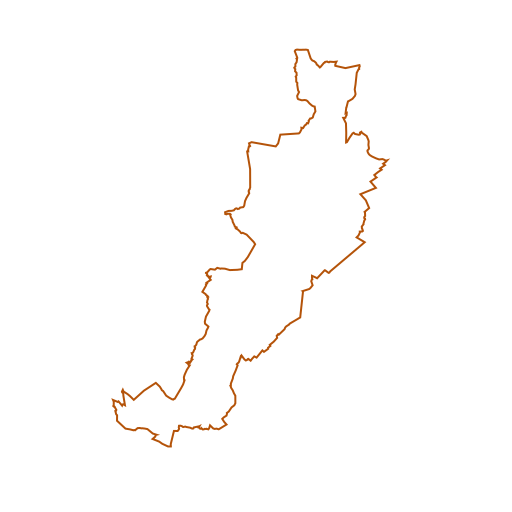 the district of Jiménez, Michoacán, Mexico, rotated 304°
{"feature_id": "50627088B65655240179591", "entity_name": "Jiménez", "entity_type": "district", "adm_level": 2, "iso_a3": "MEX", "parent_name": "Mexico", "parent_adm1": "Michoacán", "projection": "natural_earth1", "projection_center": [-101.709, 19.934], "detail": "fine", "context": "isolated", "style": "outline", "palette": "amber", "viewbox_px": 512, "rotation_deg": 304, "n_neighbors": 0, "source": "geoboundaries", "source_scale": "gbopen_adm2", "svg_char_len": 6054}
<svg xmlns="http://www.w3.org/2000/svg" viewBox="0 0 512 512"><g transform="rotate(304 256 256)"><path d="M408.6,311.2L407.5,310.3L407.6,309.0L407.1,306.7L404.9,304.1L404.1,301.0L403.4,296.7L403.3,294.3L403.5,292.8L404.3,291.0L405.4,289.6L405.9,289.4L407.5,289.7L408.5,289.4L410.9,287.1L414.1,285.3L415.1,284.1L417.3,280.7L417.4,274.7L417.9,273.9L416.5,273.2L415.5,274.1L414.7,274.1L414.0,273.4L412.5,269.8L412.8,268.1L411.6,267.5L406.6,267.4L401.2,267.7L400.5,267.2L408.5,262.0L416.3,256.4L419.3,251.1L420.5,252.8L422.5,252.3L423.3,252.4L425.4,251.2L424.3,250.5L429.6,247.8L429.8,247.9L435.6,245.8L436.2,246.2L440.2,248.1L444.0,248.5L445.9,248.0L449.3,244.7L453.8,242.6L464.2,237.1L468.1,236.6L468.7,237.0L469.7,236.2L471.3,235.9L472.1,235.0L461.8,225.1L458.0,215.4L458.7,214.8L461.1,214.1L462.1,214.0L460.3,211.9L458.4,208.6L457.4,208.2L457.0,207.1L457.0,206.2L455.5,204.7L454.7,204.8L454.4,204.5L454.0,204.3L449.0,203.8L448.0,203.5L448.6,201.1L448.7,199.2L449.4,198.4L449.8,197.2L450.0,195.2L449.6,193.5L449.8,192.4L450.4,190.8L455.8,183.8L455.1,182.2L451.4,177.0L450.1,174.6L448.9,173.6L447.5,173.6L443.5,179.3L442.9,179.6L442.3,179.2L441.7,180.2L439.3,181.3L437.1,181.3L435.1,182.7L433.6,182.4L433.0,183.2L432.9,184.1L431.0,185.1L430.6,187.1L428.5,188.7L426.9,188.6L426.3,189.6L423.0,191.9L422.6,193.5L421.0,194.4L416.8,198.3L416.0,200.0L411.7,200.6L410.1,202.2L409.6,203.2L410.7,206.9L412.6,209.2L413.2,210.7L413.2,212.1L412.4,215.0L412.0,218.4L412.2,220.0L412.7,221.1L409.1,224.4L405.8,224.6L402.6,225.6L401.0,224.9L400.3,224.0L397.5,224.0L397.0,224.6L395.1,225.0L394.7,223.9L392.9,224.0L391.5,223.4L388.4,223.5L387.7,221.9L386.5,222.9L383.0,223.3L381.6,223.0L370.2,208.3L361.7,211.4L357.9,211.1L347.9,188.7L345.5,187.2L344.3,188.7L343.5,190.4L343.6,189.5L342.9,188.8L339.8,190.0L338.5,191.0L338.2,190.2L337.7,190.2L324.8,202.5L309.5,212.9L308.1,213.2L307.7,213.5L306.9,213.3L305.9,213.5L305.2,214.0L305.1,214.5L304.7,214.6L304.2,215.3L298.9,215.6L295.4,216.2L291.1,218.1L289.4,218.1L287.3,215.8L285.9,215.6L284.7,214.6L284.7,213.4L284.4,212.9L283.2,212.3L281.5,212.1L279.8,210.5L278.0,208.0L275.0,205.9L273.6,207.1L274.1,208.3L274.6,208.4L275.2,209.0L276.4,210.7L276.3,211.7L275.6,211.7L274.0,213.6L272.8,216.2L271.3,217.6L269.2,221.3L268.5,222.0L268.9,224.0L268.6,224.1L267.6,224.0L267.8,226.0L267.3,229.2L266.7,230.6L266.9,231.4L267.8,232.0L268.5,236.3L266.3,246.4L265.3,248.7L250.6,249.8L245.6,249.5L242.7,248.6L237.1,251.6L234.1,248.2L229.7,242.2L228.1,237.3L226.1,234.0L225.6,233.7L224.5,230.5L221.7,229.6L219.8,225.6L218.9,225.2L215.3,224.7L214.1,223.9L213.9,224.0L213.8,225.5L213.0,226.0L212.9,226.5L212.5,226.3L212.2,227.2L212.3,228.3L212.7,228.9L213.7,229.9L213.1,230.1L212.6,230.0L212.5,229.6L211.7,229.3L210.9,231.8L206.1,229.9L205.8,230.8L204.5,230.3L204.1,230.9L203.7,231.1L196.3,231.6L196.2,235.6L195.8,236.2L195.8,238.0L195.4,239.1L194.7,238.6L194.3,239.1L194.1,239.7L193.6,240.2L192.3,240.4L190.5,241.2L190.0,241.4L189.5,242.6L189.2,242.9L187.7,242.9L187.0,243.5L185.6,246.6L185.5,247.5L184.2,247.9L177.8,248.4L172.9,250.3L171.4,251.6L170.9,256.0L169.7,256.3L166.6,256.6L163.2,257.9L160.8,258.1L157.7,257.8L155.9,256.8L155.5,256.3L152.1,255.3L151.4,255.3L149.1,256.1L146.8,255.9L146.7,255.7L146.3,255.9L146.0,256.8L144.8,257.4L143.9,257.2L140.9,257.8L140.0,257.4L139.4,257.7L139.3,257.3L138.8,257.8L138.3,259.0L137.7,259.3L134.6,260.0L134.7,261.1L132.4,260.7L132.4,261.0L130.3,261.0L130.7,259.4L129.8,259.2L129.7,258.8L128.8,258.2L128.7,259.8L127.7,261.7L128.0,262.2L123.1,262.3L117.8,263.2L115.2,264.0L113.0,265.7L112.4,266.3L112.5,266.4L108.7,267.4L104.5,267.8L92.3,268.5L91.5,267.9L91.4,268.0L90.7,267.7L90.6,267.1L90.3,266.8L90.0,263.1L90.0,259.6L92.1,254.6L92.1,253.0L92.8,251.8L93.9,249.3L94.8,243.9L81.7,238.4L68.4,235.1L69.4,229.8L69.7,226.8L69.6,221.9L70.6,220.4L68.6,220.7L68.1,221.3L67.9,222.7L66.0,224.2L59.0,230.8L58.8,228.8L58.2,228.3L57.1,228.6L58.6,223.3L57.7,223.0L56.7,218.0L55.6,219.6L52.7,221.5L52.3,221.5L52.1,222.5L51.7,222.3L51.6,223.7L50.3,226.3L49.2,226.5L48.8,226.1L46.6,228.6L46.3,229.9L41.7,232.9L39.9,244.3L41.8,248.5L43.0,251.9L43.6,252.3L43.9,253.2L47.1,254.1L48.4,255.8L49.1,257.5L49.5,257.9L50.7,260.2L51.8,262.8L51.1,269.7L52.2,273.5L51.5,272.9L50.0,273.5L46.5,272.6L48.0,279.6L47.9,283.3L48.9,289.6L50.5,291.9L52.4,290.5L65.1,285.8L67.1,288.9L69.2,289.0L69.9,288.8L70.6,287.9L72.2,287.1L73.1,288.3L73.5,289.7L73.4,290.8L73.5,291.3L75.0,292.7L75.3,293.9L76.8,297.3L77.2,299.6L78.0,300.5L79.1,300.3L82.2,303.3L81.9,303.6L83.2,304.3L82.3,304.4L81.6,305.3L81.6,306.4L82.2,307.2L82.7,307.1L82.4,308.8L83.1,309.7L83.9,310.0L84.8,311.5L85.1,311.6L85.6,313.4L86.9,313.5L89.9,312.6L89.1,316.9L89.5,318.4L90.8,319.8L91.5,322.0L99.8,325.8L100.7,322.3L102.1,319.1L104.2,319.5L107.2,320.8L109.1,320.1L109.6,319.6L111.7,320.4L116.8,320.4L120.1,321.5L122.4,321.2L128.6,317.0L129.9,314.4L131.6,311.9L132.7,309.3L134.1,307.4L134.4,307.7L136.2,306.5L141.4,305.3L143.6,304.3L149.7,303.2L155.1,301.9L155.5,300.6L156.6,300.7L157.6,301.1L158.9,301.1L164.0,299.6L163.9,300.0L165.4,299.7L163.8,304.3L163.7,306.0L165.4,307.0L165.9,306.8L166.4,307.1L166.2,310.1L168.4,310.2L171.8,310.7L172.1,313.3L181.3,314.1L181.0,316.2L185.9,318.0L186.7,317.3L189.5,318.2L190.0,317.1L194.9,318.6L200.0,319.3L201.4,317.8L203.6,318.1L203.5,318.9L211.3,320.6L213.0,320.2L214.5,320.4L217.8,321.8L218.6,321.7L229.8,327.0L253.1,314.7L253.1,314.4L258.4,318.6L259.8,319.0L263.4,319.3L266.0,315.9L267.9,315.4L268.2,315.7L269.4,314.5L270.9,313.5L271.6,317.8L271.7,319.1L282.6,320.9L282.8,321.3L282.6,325.6L283.2,326.1L284.7,326.1L328.2,338.4L327.7,329.0L330.3,329.5L333.6,329.0L334.3,328.4L335.6,330.3L336.6,330.6L337.7,329.2L337.4,329.0L337.7,329.1L338.1,328.4L339.6,327.2L342.5,327.4L342.9,327.0L346.1,325.9L347.4,326.0L347.9,325.5L347.9,324.8L348.1,324.4L348.8,324.0L350.2,324.1L353.2,321.9L353.3,321.4L359.0,323.0L363.6,315.9L365.6,308.0L379.5,317.3L381.7,309.3L388.5,312.0L388.5,311.6L389.3,308.8L394.0,310.3L397.8,311.9L398.0,309.9L403.4,312.1L403.6,309.8L406.4,310.9L408.6,311.2Z" fill="none" stroke="#b45309" stroke-width="2"/></g></svg>